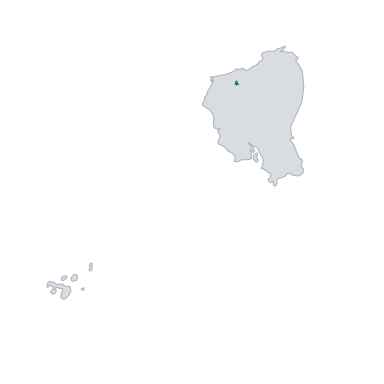 location of Antonio Ante, Imbabura, Ecuador, rotated 314°
{"feature_id": "8360857B41675882344987", "entity_name": "Antonio Ante", "entity_type": "district", "adm_level": 2, "iso_a3": "ECU", "parent_name": "Ecuador", "parent_adm1": "Imbabura", "projection": "albers", "projection_center": [-78.197, 0.328], "detail": "fine", "context": "in_parent", "style": "filled", "palette": "green", "viewbox_px": 384, "rotation_deg": 314, "n_neighbors": 0, "source": "geoboundaries", "source_scale": "gbopen_adm2", "svg_char_len": 4442}
<svg xmlns="http://www.w3.org/2000/svg" viewBox="0 0 384 384"><g transform="rotate(314 192 192)"><path d="M361.7,157.6L360.5,158.4L357.7,158.7L355.4,158.0L354.6,158.0L354.4,158.7L357.4,160.6L358.8,163.9L360.8,165.9L362.1,166.9L362.2,167.7L361.8,169.0L361.7,170.1L362.4,175.2L362.0,175.5L360.4,175.5L359.1,174.6L355.8,187.2L345.0,199.7L332.8,208.6L318.6,213.7L308.2,217.3L306.5,218.6L301.4,224.9L301.2,225.5L301.9,226.6L302.0,227.3L301.2,227.7L300.5,227.8L300.3,227.4L300.0,226.7L299.3,225.9L298.5,225.7L298.1,225.9L298.0,226.6L297.0,230.0L296.9,231.6L296.5,232.3L296.5,233.7L295.4,235.1L294.7,237.3L293.8,238.1L292.7,241.6L291.1,245.0L291.0,246.2L291.5,247.1L291.7,247.8L291.0,249.9L287.3,252.0L286.3,253.1L286.0,254.2L286.2,255.2L286.1,256.0L284.9,256.3L283.7,258.3L282.8,258.7L280.5,258.1L278.8,258.1L277.5,257.4L274.9,254.1L273.9,252.1L273.6,249.4L271.1,247.7L267.8,248.1L266.8,247.5L264.3,246.4L262.2,245.1L260.7,244.4L259.5,244.7L257.4,246.9L255.6,247.8L254.7,247.8L253.6,247.2L253.4,246.4L256.2,242.6L254.1,242.5L253.4,241.7L253.3,240.7L252.9,239.7L253.4,238.5L254.5,237.8L256.1,238.4L257.3,238.4L258.0,237.2L259.5,236.3L259.8,235.8L259.1,233.9L258.8,232.9L259.1,232.3L259.0,230.3L258.5,229.5L258.5,228.4L258.1,227.8L257.9,226.4L256.8,225.6L260.3,224.3L261.5,223.3L263.0,222.4L264.4,220.9L265.2,219.5L267.3,213.0L269.2,208.9L268.9,207.0L267.3,204.3L267.0,200.4L267.1,199.2L266.9,198.3L265.9,200.0L266.1,205.7L265.2,208.3L263.9,208.9L263.0,208.5L263.5,204.3L262.5,205.0L261.0,207.9L258.4,210.0L258.3,210.7L257.7,211.6L255.7,210.8L254.3,209.9L249.4,205.1L246.2,204.1L244.2,202.5L243.8,201.8L243.6,200.8L245.6,199.8L247.6,198.5L247.8,195.6L247.8,193.2L246.3,189.3L247.0,184.1L246.6,182.1L244.9,177.8L246.2,175.7L250.7,174.1L252.2,173.0L253.2,169.6L254.2,167.6L256.2,168.4L257.8,168.3L255.7,167.6L254.0,164.5L253.7,163.1L257.0,158.9L258.8,157.8L260.9,155.6L262.8,152.2L263.2,146.9L262.5,143.2L261.9,139.2L263.0,138.1L265.7,137.6L268.0,136.3L269.1,135.1L271.8,135.3L274.8,133.5L279.7,132.5L286.6,130.4L288.1,128.6L287.4,125.3L290.0,127.3L291.1,128.8L294.6,130.6L298.8,133.8L301.5,135.4L304.5,136.8L308.8,138.3L311.4,138.1L312.5,140.5L313.5,141.2L316.0,142.0L316.3,142.3L317.2,146.7L317.8,147.3L319.9,148.0L322.6,148.3L323.6,148.1L326.0,149.3L329.6,150.3L330.8,150.5L331.4,150.3L331.6,149.8L332.7,149.9L334.3,150.5L336.5,150.6L337.9,150.0L338.2,147.6L338.7,147.1L340.3,146.1L341.2,146.3L345.4,148.3L346.2,148.9L347.3,150.3L349.3,152.3L351.4,153.6L354.7,154.1L357.9,156.2L361.7,157.6ZM29.6,153.4L30.9,154.8L31.5,158.6L35.6,162.7L36.1,164.9L35.8,166.0L35.9,166.4L37.9,168.0L39.2,169.7L37.0,173.5L32.3,175.1L27.3,175.0L26.3,174.6L25.0,173.1L24.7,171.8L25.5,170.5L28.1,168.6L32.1,166.9L32.6,165.6L31.0,164.3L30.0,161.7L27.5,159.9L26.3,154.4L25.5,154.1L23.8,154.8L23.0,154.2L22.8,153.8L24.7,152.6L25.1,151.7L27.8,151.3L28.9,152.0L29.6,153.4ZM48.9,170.2L47.8,170.2L44.6,168.2L44.8,166.2L46.1,164.9L50.3,164.2L52.0,165.5L51.9,167.9L50.4,169.6L49.3,169.9L48.9,170.2ZM260.9,217.1L260.5,217.9L258.5,217.8L257.9,217.5L258.4,213.7L259.0,212.5L260.6,211.4L261.9,210.8L263.7,210.9L265.5,212.0L263.3,213.9L261.7,214.4L260.9,217.1ZM26.3,163.5L24.2,163.8L22.4,163.1L21.7,162.0L21.6,160.3L21.7,159.8L25.6,159.2L26.9,160.6L26.8,162.6L26.3,163.5ZM67.9,173.3L65.4,174.1L64.1,173.3L63.9,172.8L65.3,171.5L66.6,170.8L67.8,169.3L70.0,168.5L70.7,168.7L71.1,169.0L71.2,169.5L70.5,170.7L69.2,171.5L67.9,173.3ZM44.0,161.0L43.0,161.7L39.1,160.9L37.9,159.7L38.9,158.0L39.8,157.4L42.1,158.0L44.4,159.9L44.0,161.0ZM46.9,181.9L46.1,182.0L44.9,181.1L45.8,179.5L47.4,180.3L47.8,181.0L46.9,181.9ZM286.4,129.5L285.2,129.6L284.7,128.6L286.1,127.5L286.6,127.2L286.4,129.5Z" fill="#d9dde1" stroke="#a8b0b8" stroke-width="1"/><path d="M301.5,150.2L301.6,149.9L301.6,149.7L301.5,149.4L301.4,149.4L301.4,149.2L301.3,148.9L301.3,148.7L301.5,148.7L301.5,148.4L301.4,148.4L301.4,148.2L301.5,148.2L301.8,147.9L301.8,148.0L302.1,148.1L302.2,147.9L302.2,147.7L302.3,147.5L302.2,147.5L302.3,147.5L302.3,147.4L302.5,147.3L302.5,147.2L302.4,147.2L302.4,147.3L302.2,147.3L301.9,147.3L301.7,147.3L301.5,147.5L301.4,147.5L301.2,147.6L300.9,147.7L300.8,147.8L300.7,147.8L300.5,148.0L300.4,148.0L300.4,148.3L300.3,148.5L300.2,148.5L300.3,148.5L300.2,148.5L300.3,148.6L300.2,148.6L300.2,148.8L300.2,149.0L300.2,149.3L300.2,149.5L300.3,149.5L300.5,149.6L300.8,149.7L301.0,149.7L301.0,149.8L301.3,149.9L301.3,150.0L301.5,150.2L301.5,150.2Z" fill="#22c55e" stroke="#15803d" stroke-width="1.5"/></g></svg>